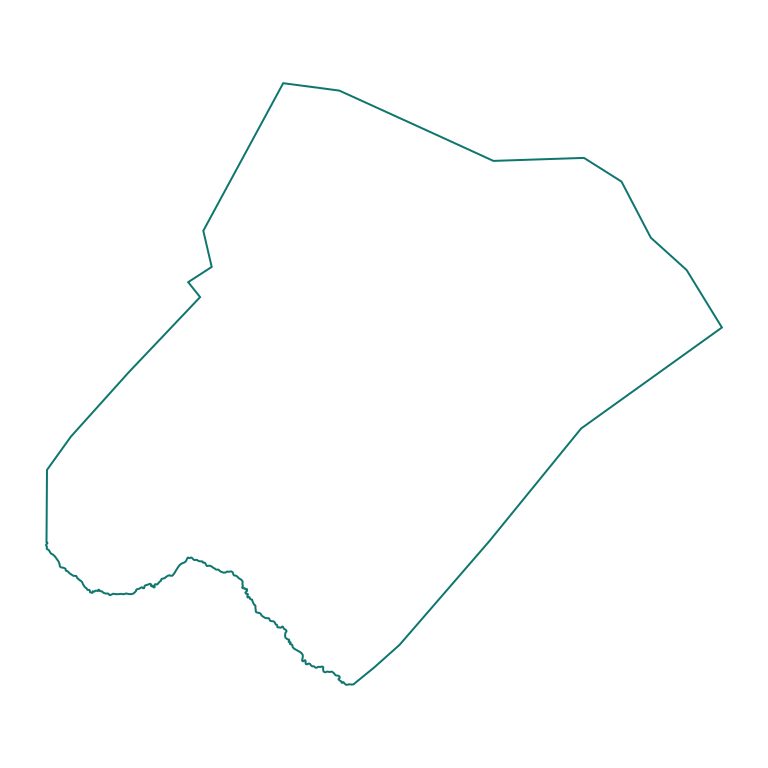 Jargalant, Orhon, Mongolia
{"feature_id": "93677404B3758114221104", "entity_name": "Jargalant", "entity_type": "district", "adm_level": 2, "iso_a3": "MNG", "parent_name": "Mongolia", "parent_adm1": "Orhon", "projection": "mercator", "projection_center": [104.283, 49.034], "detail": "fine", "context": "isolated", "style": "outline", "palette": "teal", "viewbox_px": 768, "rotation_deg": 0, "n_neighbors": 0, "source": "geoboundaries", "source_scale": "gbopen_adm2", "svg_char_len": 6016}
<svg xmlns="http://www.w3.org/2000/svg" viewBox="0 0 768 768"><path d="M584.0,157.9L493.4,160.9L427.8,130.9L339.3,90.6L336.3,90.2L283.2,83.2L203.3,230.8L211.7,266.9L190.1,280.9L188.2,282.2L200.1,297.1L128.8,372.2L70.9,436.6L47.0,469.9L46.5,542.2L47.2,542.5L47.4,543.0L47.1,543.5L46.8,543.9L46.3,544.4L46.1,545.0L46.2,545.6L46.7,546.1L46.8,546.7L46.9,547.4L46.7,548.2L46.9,548.9L47.7,549.5L48.6,549.9L49.5,551.2L50.0,552.1L50.9,553.5L52.0,554.1L53.0,554.6L53.9,555.4L54.9,556.4L56.2,558.2L57.4,559.9L58.6,561.6L59.4,563.8L59.7,564.9L59.8,566.1L60.3,566.9L61.1,567.4L62.6,567.6L63.9,567.9L65.2,568.6L65.7,569.2L65.7,569.8L65.8,570.5L66.3,570.9L67.0,571.0L67.9,571.5L69.5,573.2L71.5,574.6L73.3,575.8L74.0,575.9L74.9,575.9L75.5,575.9L76.1,576.0L76.6,576.6L76.9,577.2L77.1,577.8L77.5,578.4L78.3,578.9L79.6,580.2L80.2,580.4L81.0,581.0L81.7,581.6L82.1,582.2L82.6,583.2L82.9,584.1L83.3,584.8L83.9,585.6L84.4,586.5L84.8,587.0L85.5,587.6L86.2,588.1L86.8,588.7L87.3,589.6L88.0,590.0L88.4,589.9L89.2,589.9L89.6,590.2L89.9,591.0L89.9,591.6L90.1,592.2L90.5,592.4L91.3,592.6L91.9,592.8L92.4,592.8L92.6,592.6L92.5,591.9L92.7,591.4L93.5,591.4L94.2,591.6L94.7,591.5L95.4,590.7L96.1,590.7L96.8,590.7L97.4,591.0L97.8,591.1L98.2,590.7L98.3,590.1L98.5,589.8L99.0,589.8L99.4,590.2L99.8,591.0L100.2,591.2L101.0,591.2L101.9,591.4L103.5,592.8L104.3,593.1L104.9,593.3L105.7,593.5L107.0,593.5L108.1,593.6L108.8,594.1L109.2,594.7L109.5,595.0L110.1,595.0L111.0,594.8L113.0,593.8L113.7,593.8L116.4,594.2L119.1,594.1L120.4,593.9L121.3,593.9L123.2,594.2L123.9,594.1L124.7,594.0L125.3,593.7L126.1,593.5L126.8,593.6L128.0,593.9L129.1,594.1L130.6,594.1L131.5,594.1L132.5,593.8L133.3,593.6L134.7,592.4L135.3,591.8L136.0,591.0L136.2,589.9L137.0,589.3L138.0,589.0L139.2,588.7L140.4,588.0L141.3,587.4L142.1,587.4L142.5,587.8L143.1,588.2L143.6,588.2L144.0,588.2L144.3,587.8L144.3,586.8L144.6,586.1L145.3,585.4L147.1,584.9L149.2,584.1L149.7,583.9L150.5,583.9L151.0,584.5L150.9,585.5L151.3,586.1L151.8,586.3L152.2,585.8L152.5,585.7L153.0,586.1L153.1,586.8L153.5,587.2L154.2,587.3L154.5,587.3L154.7,586.7L154.5,585.5L154.7,584.7L155.1,584.3L155.8,584.2L157.0,584.5L157.7,584.0L159.6,581.7L160.5,581.1L161.1,580.5L161.2,579.6L161.6,579.0L162.3,578.7L163.5,578.4L164.6,578.2L165.8,577.1L167.6,575.9L169.2,575.3L170.0,575.5L170.7,575.8L171.9,575.7L172.4,575.6L173.4,574.5L174.5,573.0L176.2,570.1L178.3,566.8L179.9,564.8L181.9,563.4L184.1,562.6L185.6,561.6L186.4,560.3L186.8,559.2L187.4,558.2L187.8,557.7L188.3,557.7L188.8,558.0L189.6,558.1L190.6,557.6L191.5,557.6L192.4,558.3L193.5,559.5L194.4,560.0L197.0,559.9L197.8,560.6L198.7,561.0L199.7,561.3L201.5,561.3L202.1,561.4L202.6,561.6L202.7,562.3L203.2,562.7L204.5,562.7L205.0,562.9L205.4,563.6L205.8,564.1L206.2,565.2L206.7,565.8L207.5,566.0L208.2,565.8L208.9,565.7L210.6,565.9L211.7,566.6L212.7,567.3L213.6,568.0L214.6,568.4L215.4,569.1L216.2,569.6L218.1,569.6L218.9,570.0L219.4,570.6L220.3,571.4L221.9,572.0L223.4,572.6L224.6,572.6L225.5,572.5L226.3,572.1L227.0,571.6L227.6,571.5L228.1,571.7L229.0,571.8L230.2,571.5L230.9,571.4L231.3,571.4L231.9,571.8L232.4,572.1L232.9,572.8L233.2,573.7L233.5,574.8L234.1,575.4L235.3,575.6L236.0,575.7L236.6,576.1L237.4,576.7L238.1,577.5L239.2,578.5L241.0,579.5L241.9,580.4L242.6,581.5L242.6,582.7L242.4,583.6L242.5,584.6L242.8,585.3L242.8,586.2L242.3,587.0L242.3,587.7L242.8,588.2L243.4,588.3L244.1,588.1L244.7,588.3L245.0,589.0L245.6,589.3L246.1,589.2L246.8,589.1L247.1,589.7L247.1,590.3L246.9,590.8L246.7,591.4L246.1,591.8L245.8,592.1L245.5,592.5L245.5,592.9L246.0,593.6L246.8,593.8L247.6,594.0L247.9,594.3L247.8,594.8L247.5,595.4L247.4,596.3L247.4,597.0L247.7,597.4L248.0,597.5L248.5,597.3L249.0,597.0L249.4,597.2L249.8,597.9L250.1,598.9L250.7,599.2L251.2,599.5L251.9,599.6L252.2,599.9L252.5,601.2L252.8,602.0L253.3,603.0L254.0,604.5L254.8,605.0L255.5,606.0L255.4,607.8L255.7,609.8L255.8,611.5L256.2,612.1L257.0,612.5L259.5,613.0L260.5,613.7L261.5,615.2L262.0,615.9L264.3,617.4L265.4,618.0L267.0,618.2L268.4,618.2L269.2,618.6L269.8,620.3L270.3,620.8L271.1,621.1L273.3,621.3L273.9,621.6L274.8,622.4L275.4,623.8L275.6,624.2L275.9,624.6L276.7,624.7L277.1,625.2L277.3,625.8L277.3,626.6L277.4,627.1L277.7,627.3L278.4,627.4L279.3,627.4L279.8,627.5L280.4,627.7L280.9,627.6L281.5,627.2L282.1,626.7L282.3,626.6L282.8,626.7L283.2,627.2L283.5,628.0L283.8,628.6L284.2,628.9L285.2,629.5L285.9,630.0L286.3,630.6L286.5,631.0L286.4,631.6L285.7,632.5L285.3,633.4L285.1,635.1L285.2,636.8L285.6,637.8L286.0,638.2L286.8,638.8L287.6,639.1L288.1,639.4L289.0,639.7L289.3,640.2L289.2,640.6L288.7,641.2L288.7,641.7L289.0,642.0L289.8,642.0L290.2,642.2L290.5,642.6L290.2,643.0L289.9,643.6L290.0,643.9L290.4,644.2L291.0,644.3L291.9,644.6L292.4,645.2L292.4,645.8L292.5,646.6L293.0,647.5L293.9,648.5L295.4,649.4L297.5,650.6L299.7,651.8L301.3,652.9L302.2,654.1L302.7,654.9L302.8,655.8L302.8,656.9L302.6,657.9L302.1,660.1L302.3,660.8L302.8,661.2L303.3,661.2L303.7,661.0L304.5,660.3L305.0,660.3L305.4,660.5L305.6,661.2L305.6,662.8L305.7,663.6L306.1,664.2L307.0,664.3L307.8,663.9L308.7,663.6L309.4,663.6L310.2,664.2L310.8,665.1L311.7,666.0L312.7,666.3L313.6,666.3L314.4,666.6L314.9,667.2L315.5,667.6L316.1,667.7L317.0,667.6L317.6,667.2L318.3,666.8L319.0,666.9L319.5,666.9L320.0,667.0L320.8,666.8L321.8,666.6L322.5,666.6L323.1,667.1L323.3,667.8L323.1,668.7L323.3,670.7L323.6,671.5L324.3,672.0L325.1,672.2L325.9,672.2L326.7,671.7L327.8,671.6L328.5,671.8L329.5,672.0L330.2,671.9L331.2,671.7L332.0,671.7L333.0,672.4L334.2,673.5L334.8,674.4L335.6,675.2L336.2,675.5L336.9,675.5L337.8,675.6L338.8,675.9L339.4,676.5L339.7,677.2L339.6,678.0L338.7,678.6L338.6,679.2L339.0,679.8L339.4,680.3L341.0,681.2L341.4,681.9L341.6,682.4L341.9,682.8L342.3,682.8L342.8,682.2L343.1,682.1L343.5,682.2L344.1,683.0L344.7,683.7L345.4,684.3L346.1,684.7L346.8,684.8L347.6,684.7L348.7,684.4L349.2,684.3L350.2,684.4L351.2,684.5L352.1,684.5L353.3,684.4L354.1,683.9L355.2,682.9L373.8,667.8L399.5,644.9L488.8,541.8L581.1,428.5L721.9,327.5L686.6,270.0L650.8,237.7L621.5,181.6L584.0,157.9Z" fill="none" stroke="#0f766e" stroke-width="2"/></svg>